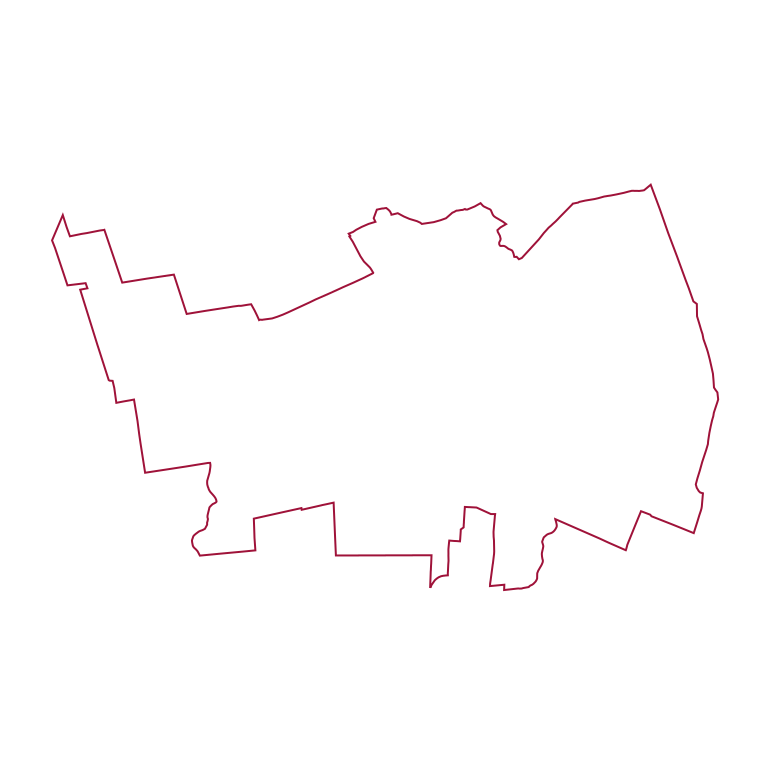 the district of Girisu De Cris, Bihor, Romania, rotated 91°
{"feature_id": "2599482B40990728968536", "entity_name": "Girisu De Cris", "entity_type": "district", "adm_level": 2, "iso_a3": "ROU", "parent_name": "Romania", "parent_adm1": "Bihor", "projection": "orthographic", "projection_center": [21.776, 47.06], "detail": "fine", "context": "isolated", "style": "outline", "palette": "rose", "viewbox_px": 768, "rotation_deg": 91, "n_neighbors": 0, "source": "geoboundaries", "source_scale": "gbopen_adm2", "svg_char_len": 6080}
<svg xmlns="http://www.w3.org/2000/svg" viewBox="0 0 768 768"><g transform="rotate(91 384 384)"><path d="M556.4,543.8L554.1,522.8L552.6,509.7L549.2,510.0L540.2,510.8L532.1,511.2L522.7,511.7L520.9,511.8L514.1,483.6L509.5,464.4L511.2,464.1L506.4,444.5L506.2,443.9L505.4,440.3L503.5,432.3L536.9,430.3L556.3,429.1L554.4,333.5L563.0,333.7L564.7,333.8L569.1,333.9L570.6,334.0L576.6,334.1L580.8,334.2L586.2,334.3L586.2,333.7L584.6,333.2L583.7,332.7L579.4,329.8L578.8,329.2L577.5,327.7L576.3,326.0L575.2,323.6L574.7,321.4L574.4,319.1L574.2,316.8L572.0,316.9L570.2,316.8L563.4,316.6L559.8,316.4L559.5,316.4L554.5,316.6L552.6,316.6L549.4,316.7L548.0,316.7L546.4,316.6L541.3,316.2L539.4,316.0L539.7,311.5L539.8,308.2L540.0,305.3L537.5,305.1L529.5,304.7L528.1,304.7L526.0,301.9L522.7,301.8L521.4,301.7L520.1,301.7L509.3,301.2L508.0,301.1L505.5,301.0L505.6,298.3L505.7,294.6L505.9,289.3L512.2,274.8L512.1,270.6L514.8,270.9L515.2,270.9L529.6,271.9L530.5,271.9L534.9,271.7L538.6,271.3L541.6,271.2L549.5,270.9L552.2,271.0L553.0,271.1L561.8,272.0L562.1,272.1L578.6,274.0L581.5,274.4L584.2,274.5L584.1,273.6L582.6,260.2L587.9,260.3L586.1,246.3L586.2,244.9L586.1,242.8L585.6,241.3L584.5,235.8L584.3,235.6L583.6,235.0L583.1,234.3L582.8,233.9L582.6,233.3L582.2,232.5L581.6,231.7L581.2,231.1L580.4,230.4L579.8,229.8L578.9,229.0L578.1,228.5L577.1,228.0L576.4,227.7L575.8,227.5L575.0,227.5L573.9,227.5L571.8,227.5L570.8,227.5L570.0,227.3L569.0,226.9L568.1,226.6L567.2,226.1L564.3,224.5L562.9,223.7L561.7,223.1L560.2,222.5L559.3,222.2L558.6,222.1L557.7,222.1L557.1,222.2L556.3,222.5L555.3,222.7L553.7,223.0L551.7,223.2L550.9,223.2L550.4,223.2L548.3,222.8L545.5,222.2L544.3,222.0L543.6,221.9L542.7,222.0L542.0,222.2L540.7,222.6L539.9,222.9L539.1,223.1L538.5,223.0L537.7,222.7L536.5,222.3L535.1,221.8L534.5,221.5L534.2,221.2L533.7,220.6L532.5,219.3L531.6,218.2L531.2,217.4L530.8,216.4L530.5,215.4L530.1,214.2L529.6,213.3L528.6,212.0L527.5,211.0L526.2,210.1L525.3,209.6L524.5,209.2L523.8,208.9L523.1,208.8L522.4,208.8L521.5,208.9L519.9,209.3L518.3,209.7L516.6,210.3L516.1,210.4L534.7,165.8L536.6,161.5L537.1,160.4L539.1,155.8L546.0,139.3L545.8,139.2L541.9,138.2L540.8,138.0L539.2,137.4L520.8,130.3L506.7,124.8L510.0,115.6L511.6,114.2L519.5,93.0L524.1,81.0L527.7,71.7L516.6,68.4L509.6,66.4L507.4,65.7L505.2,65.0L502.9,64.4L501.0,64.1L499.4,64.0L487.7,63.2L487.0,65.9L485.6,67.4L482.3,69.5L478.9,70.5L472.9,69.0L465.0,66.7L456.5,64.5L444.6,60.8L438.5,59.1L435.3,58.9L427.1,57.8L420.1,56.5L414.4,55.3L410.5,54.2L407.0,53.7L402.1,52.2L396.4,50.4L393.6,49.6L386.6,50.5L384.0,52.5L381.8,54.0L374.6,54.6L367.9,55.3L361.2,56.9L353.8,58.7L346.6,60.7L342.7,62.0L333.5,65.4L328.6,66.4L324.6,67.8L318.2,69.8L310.8,72.2L298.5,72.6L296.0,76.1L282.8,81.0L275.1,84.1L255.9,91.5L251.7,93.1L228.1,102.5L204.5,111.2L180.1,120.8L185.7,127.3L186.0,128.6L186.5,132.0L186.5,139.6L187.3,142.7L188.7,147.6L190.4,154.9L191.6,160.6L192.2,164.4L192.3,164.7L192.7,167.1L194.5,173.1L195.4,176.7L197.1,186.0L198.3,191.0L198.5,191.9L199.2,193.0L200.4,198.4L200.6,198.4L214.2,211.3L216.2,213.1L218.5,215.3L221.1,218.1L222.6,219.6L224.9,222.2L227.6,224.5L230.2,226.8L231.8,228.0L236.7,231.7L255.6,248.4L256.9,251.3L254.5,253.6L254.7,255.1L254.6,256.0L252.3,256.5L250.5,257.1L249.2,257.7L248.3,258.3L247.5,259.8L247.0,261.2L246.6,262.1L245.8,263.1L244.4,265.1L243.9,266.4L243.8,267.5L243.9,268.7L243.9,269.9L243.6,270.5L242.3,271.2L240.9,271.3L240.3,271.2L238.3,270.2L236.9,269.9L233.8,270.7L232.0,271.7L229.9,272.9L228.2,273.3L225.4,270.3L222.0,264.7L219.8,267.7L217.1,272.4L215.5,275.3L214.3,277.0L212.8,278.2L209.2,279.8L208.2,280.3L207.4,281.3L206.7,283.1L205.8,285.0L204.9,287.0L204.5,287.6L203.9,288.4L203.2,289.0L202.4,289.8L201.5,290.6L204.9,296.4L208.1,303.7L208.1,305.5L207.6,306.1L208.5,308.2L208.6,308.9L208.7,309.3L208.7,310.0L209.3,313.1L209.4,314.6L210.9,317.2L211.5,318.6L217.2,324.9L219.2,330.2L221.3,337.1L223.3,349.0L222.1,350.5L220.6,353.9L218.5,361.4L216.2,367.0L213.0,373.2L214.3,378.1L214.6,379.5L214.0,379.6L211.5,380.9L211.4,381.0L210.9,381.4L209.7,382.6L208.0,384.8L208.2,386.2L208.6,388.2L208.5,388.7L209.8,394.2L218.4,397.2L218.6,397.1L222.0,395.4L224.2,402.2L227.3,409.0L230.2,414.3L230.3,414.5L232.5,417.6L234.3,421.9L235.7,420.9L236.0,420.7L236.5,420.3L237.1,421.2L242.3,417.7L248.5,414.3L254.5,411.0L256.7,409.8L261.9,406.2L267.8,400.1L269.6,398.8L273.0,396.7L273.3,396.8L273.6,397.3L278.8,407.2L280.7,411.2L283.4,416.8L287.9,426.6L289.8,430.5L294.5,440.4L300.7,453.9L303.6,459.6L314.2,481.5L316.4,486.3L318.6,491.8L320.4,497.0L321.1,501.6L321.8,506.3L322.0,507.1L321.8,508.3L322.0,509.3L322.3,510.0L322.0,510.1L317.6,512.2L312.9,514.6L306.6,518.2L307.1,521.4L308.3,528.0L308.4,529.5L308.3,530.3L309.2,536.3L310.1,541.2L312.1,552.9L314.1,564.5L317.4,582.5L278.3,596.0L282.8,623.0L287.2,647.5L264.5,655.6L234.7,666.3L234.9,666.9L235.5,670.8L238.3,683.8L239.2,689.0L241.8,700.6L232.6,704.1L220.7,708.1L223.7,709.3L246.2,718.4L253.7,715.3L275.2,707.7L280.0,706.0L290.9,702.2L288.4,684.1L293.5,682.2L295.0,689.4L350.9,670.9L351.1,670.8L384.9,659.3L385.4,658.5L385.6,655.4L392.7,653.6L407.5,651.3L405.9,643.7L404.7,637.4L403.9,633.7L418.7,631.0L419.8,630.8L425.3,629.8L438.4,627.9L447.6,626.4L476.9,621.3L471.2,587.8L470.9,586.1L470.0,580.8L467.7,568.1L466.0,558.5L465.9,556.5L467.4,556.2L468.6,556.1L470.2,556.2L472.7,556.5L474.4,556.7L476.1,557.0L481.7,558.5L483.9,559.1L486.1,559.1L487.9,558.9L488.8,558.6L489.9,558.3L490.7,557.9L492.5,557.3L493.7,556.6L494.8,555.9L496.1,554.7L497.7,553.2L499.3,551.8L500.8,550.7L502.4,549.9L503.4,549.6L504.4,549.4L504.9,549.6L505.6,550.4L506.6,552.2L507.0,553.1L508.1,554.3L509.6,555.7L510.2,556.2L510.9,556.5L512.1,556.7L514.6,557.3L518.3,558.1L519.7,558.2L520.7,558.1L521.5,557.8L522.3,557.7L524.1,558.0L525.1,558.3L526.0,558.5L526.8,558.4L527.8,558.4L531.9,560.5L533.2,562.8L534.1,565.2L534.5,566.1L535.1,567.0L537.2,569.7L538.4,571.0L539.0,571.6L539.9,572.1L541.5,572.6L543.0,573.1L544.0,573.3L544.6,573.2L546.0,573.0L547.3,572.7L548.7,572.4L549.9,571.9L551.1,570.9L552.8,569.0L554.6,567.4L558.8,565.1L556.4,543.8Z" fill="none" stroke="#9f1239" stroke-width="2"/></g></svg>